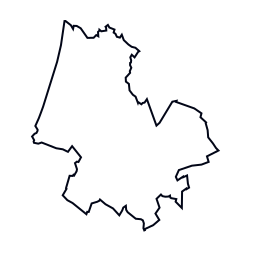 Celbridge Lea-4, Kildare, Ireland, rotated 280°
{"feature_id": "5873133B70404185317284", "entity_name": "Celbridge Lea-4", "entity_type": "district", "adm_level": 2, "iso_a3": "IRL", "parent_name": "Ireland", "parent_adm1": "Kildare", "projection": "equal_earth", "projection_center": [-6.548, 53.32], "detail": "fine", "context": "isolated", "style": "outline", "palette": "ink", "viewbox_px": 256, "rotation_deg": 280, "n_neighbors": 0, "source": "geoboundaries", "source_scale": "gbopen_adm2", "svg_char_len": 1932}
<svg xmlns="http://www.w3.org/2000/svg" viewBox="0 0 256 256"><g transform="rotate(280 128 128)"><path d="M210.3,113.9L213.8,108.6L218.8,105.7L215.6,104.3L215.9,101.2L218.6,99.3L219.5,97.3L222.6,97.6L223.7,92.2L226.0,90.3L223.8,88.3L223.0,89.0L220.2,89.7L218.6,84.9L219.8,82.8L218.8,82.9L217.4,81.8L213.2,82.8L214.0,80.6L210.9,78.5L209.7,72.4L218.0,64.1L219.6,59.8L219.2,56.8L216.0,56.7L219.3,53.9L222.5,47.9L222.3,46.9L197.9,47.6L180.9,46.7L134.3,40.7L128.1,39.6L122.3,38.5L113.9,36.4L110.6,39.3L109.5,39.4L107.2,38.7L106.1,37.0L103.0,35.0L99.7,37.7L98.3,37.4L97.1,38.0L97.0,42.4L98.7,45.5L95.6,60.9L95.7,67.5L94.1,73.0L100.4,76.1L91.0,86.8L85.9,85.1L86.0,83.5L84.2,81.9L78.6,84.9L76.5,84.9L71.9,83.2L72.4,82.4L71.2,81.9L70.8,78.8L57.9,77.4L57.4,78.0L50.4,75.4L46.4,80.8L44.5,86.4L35.9,102.0L38.4,102.4L38.5,103.9L47.4,105.3L50.0,110.5L51.4,112.4L52.7,112.8L49.0,119.1L46.2,127.2L40.5,134.6L45.7,136.6L48.8,137.2L51.0,139.4L47.1,140.4L45.0,142.3L40.0,151.4L40.4,156.6L39.6,158.7L36.8,160.2L32.0,160.6L30.0,161.8L30.4,162.4L31.3,162.0L36.7,169.7L42.9,174.8L48.5,169.9L55.0,172.9L63.2,168.4L68.2,172.0L66.9,173.7L66.8,176.6L67.5,179.7L68.7,181.1L66.9,181.7L66.4,182.7L66.4,187.9L63.7,187.7L58.6,194.9L74.8,192.3L78.5,195.9L77.9,196.2L79.9,198.5L83.5,196.7L91.5,194.4L89.1,190.9L89.7,190.7L85.0,185.8L88.2,183.6L95.4,185.4L102.0,197.5L104.7,206.7L108.6,213.3L113.8,210.7L121.5,221.0L123.6,218.1L127.6,214.3L132.7,208.6L139.7,206.8L146.2,203.7L147.0,204.0L151.2,197.5L155.2,197.8L158.8,189.9L162.0,170.9L163.2,171.1L161.6,167.1L138.6,158.2L135.3,155.6L159.7,141.6L155.9,139.9L155.2,138.1L153.7,137.1L155.3,133.5L154.5,133.4L160.2,130.0L161.6,127.0L165.3,123.0L171.6,121.2L173.3,117.9L177.2,117.0L182.7,120.5L184.3,119.9L187.9,120.8L190.3,119.1L192.5,118.8L193.0,119.5L195.1,119.4L198.0,118.0L200.8,119.0L198.7,122.2L204.6,124.7L205.6,125.8L208.3,121.4L208.6,117.5L210.3,113.9Z" fill="none" stroke="#020617" stroke-width="2"/></g></svg>